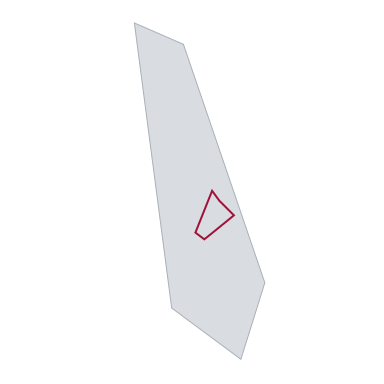 The Valley on a map of Anguilla (orthographic projection), rotated 101°
{"feature_id": "AIA-5126", "entity_name": "The Valley", "entity_type": "District", "adm_level": 1, "iso_a3": "AIA", "parent_name": "Anguilla", "parent_adm1": "", "projection": "orthographic", "projection_center": [-63.059, 18.236], "detail": "fine", "context": "in_parent", "style": "outline", "palette": "rose", "viewbox_px": 384, "rotation_deg": 101, "n_neighbors": 0, "source": "natural_earth", "source_scale": "10m", "svg_char_len": 382}
<svg xmlns="http://www.w3.org/2000/svg" viewBox="0 0 384 384"><g transform="rotate(101 192 192)"><path d="M309.8,189.8L37.1,280.8L48.7,228.6L267.2,103.2L346.9,112.1L309.8,189.8Z" fill="#d9dde1" stroke="#a8b0b8" stroke-width="1"/><path d="M187.0,172.5L195.5,163.3L206.9,146.4L229.3,165.1L236.1,170.9L231.2,180.9L187.0,172.5Z" fill="none" stroke="#9f1239" stroke-width="2"/></g></svg>